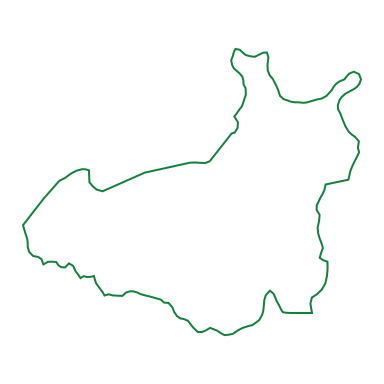 the district of Sertãozinho, São Paulo, Brazil
{"feature_id": "56859067B35864980054288", "entity_name": "Sertãozinho", "entity_type": "district", "adm_level": 2, "iso_a3": "BRA", "parent_name": "Brazil", "parent_adm1": "São Paulo", "projection": "natural_earth1", "projection_center": [-47.996, -21.105], "detail": "fine", "context": "isolated", "style": "outline", "palette": "green", "viewbox_px": 384, "rotation_deg": 0, "n_neighbors": 0, "source": "geoboundaries", "source_scale": "gbopen_adm2", "svg_char_len": 2676}
<svg xmlns="http://www.w3.org/2000/svg" viewBox="0 0 384 384"><path d="M177.1,316.2L180.3,318.4L183.4,318.9L188.0,320.8L190.5,324.1L192.6,326.9L195.4,329.7L197.8,332.0L201.7,332.1L205.7,330.5L210.1,327.9L214.3,329.5L217.3,330.7L220.4,332.9L224.5,335.1L228.9,334.7L232.9,333.8L238.1,330.3L242.6,327.9L247.9,326.2L252.4,325.1L255.8,322.7L259.4,319.8L262.2,314.8L263.3,310.6L263.9,305.2L264.3,300.2L265.7,295.3L269.9,290.7L273.5,293.6L275.1,297.1L276.7,301.2L279.3,305.7L280.8,309.0L282.9,312.2L286.7,312.8L291.0,313.0L305.1,313.0L312.0,313.0L311.1,307.8L310.4,303.5L311.9,297.5L316.9,294.3L321.7,289.7L325.4,283.2L326.9,276.3L327.4,271.5L327.6,266.4L327.4,261.6L323.4,260.3L319.7,257.8L321.1,252.9L322.9,248.1L321.7,243.8L319.7,238.6L318.2,233.4L317.6,227.9L319.1,220.8L319.6,214.8L316.7,210.0L316.7,205.3L318.7,201.5L320.2,198.1L322.5,194.2L324.4,190.0L325.6,184.5L348.4,179.7L349.4,175.6L350.2,171.6L352.1,166.6L354.4,161.8L356.8,157.1L359.1,152.3L357.9,147.8L358.9,141.3L354.9,136.8L352.1,134.8L348.6,131.6L345.4,126.2L342.7,119.8L340.4,113.6L338.0,109.1L337.8,105.3L339.5,100.1L341.5,97.2L345.0,94.0L349.9,91.2L354.1,89.0L356.8,87.0L359.3,84.0L361.0,79.4L359.0,74.1L353.8,71.7L349.2,73.6L346.6,76.5L344.4,79.4L339.5,81.4L335.8,84.1L333.6,86.8L331.6,90.4L326.5,95.9L321.6,98.6L316.9,99.5L311.8,101.0L306.5,102.5L303.1,102.8L298.3,102.3L295.1,102.3L291.2,101.8L287.1,100.3L283.5,99.1L280.0,95.8L278.2,90.2L276.4,86.0L272.8,79.0L269.6,75.2L267.8,70.6L267.5,65.1L267.9,61.1L268.4,57.5L266.9,52.5L263.0,52.7L259.0,54.7L254.7,56.8L250.5,56.3L245.6,55.0L242.9,52.7L239.8,49.8L235.5,48.9L233.7,52.3L232.9,55.9L231.2,60.1L232.1,64.9L233.9,68.5L239.4,73.2L242.3,76.6L243.4,80.6L243.5,84.2L245.6,88.4L245.8,94.8L244.1,99.9L242.1,106.1L239.4,109.5L236.7,113.5L234.3,116.5L237.9,122.2L237.6,127.8L234.7,132.6L231.7,133.4L212.7,157.5L209.6,161.3L205.1,163.1L200.2,162.8L194.2,162.5L189.8,162.7L144.9,172.6L102.5,191.3L96.7,189.6L92.7,186.2L89.4,182.2L89.1,174.2L89.0,170.3L85.5,169.3L82.0,169.2L76.5,170.7L71.6,173.2L67.7,176.0L64.4,178.3L59.3,180.8L43.4,198.9L23.0,225.2L25.4,233.4L27.2,238.7L27.7,242.9L27.7,246.7L29.1,251.8L33.1,256.0L38.1,256.9L41.5,259.2L43.4,264.4L48.0,261.8L53.0,261.7L56.2,262.0L58.4,265.2L61.2,267.2L65.2,267.4L68.9,263.4L73.1,265.8L75.5,271.1L78.2,274.6L80.5,278.1L83.7,276.2L87.2,277.1L90.9,276.8L93.9,276.0L95.0,279.9L96.1,283.3L98.3,286.3L100.3,289.1L102.5,291.9L104.5,295.5L108.5,294.3L112.7,295.4L117.6,295.7L122.4,295.9L126.1,292.5L130.0,291.3L133.2,291.3L137.2,292.5L141.0,294.3L145.7,295.5L150.6,296.7L154.4,297.8L157.6,298.7L160.9,299.7L164.1,302.6L168.5,302.9L172.4,307.4L174.3,312.2L177.1,316.2Z" fill="none" stroke="#15803d" stroke-width="2"/></svg>